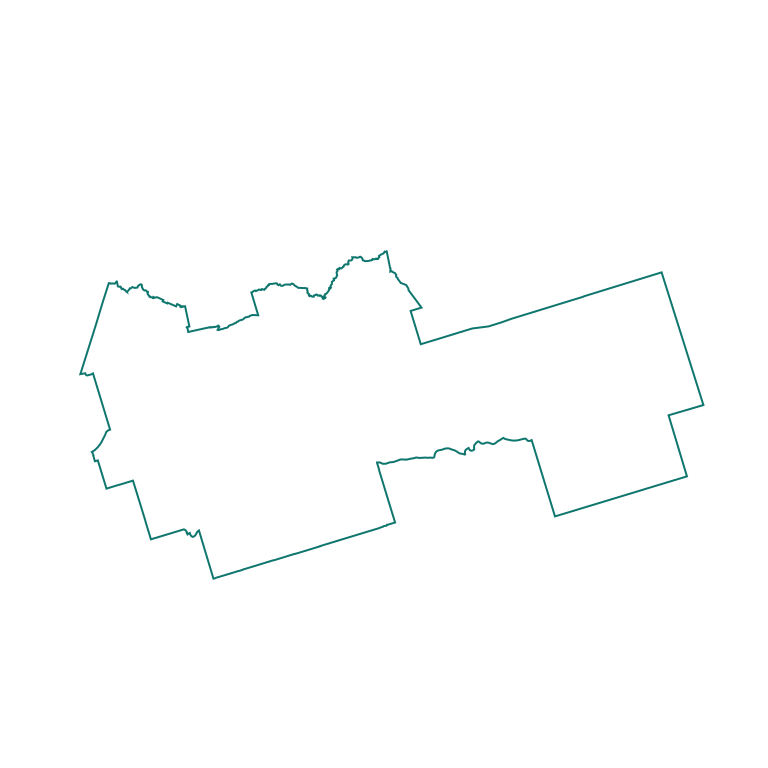 outline of Mid Murray, South Australia, Australia, rotated 73°
{"feature_id": "25037944B98973302778113", "entity_name": "Mid Murray", "entity_type": "district", "adm_level": 2, "iso_a3": "AUS", "parent_name": "Australia", "parent_adm1": "South Australia", "projection": "albers", "projection_center": [139.499, -34.416], "detail": "fine", "context": "isolated", "style": "outline", "palette": "teal", "viewbox_px": 768, "rotation_deg": 73, "n_neighbors": 0, "source": "geoboundaries", "source_scale": "gbopen_adm2", "svg_char_len": 6127}
<svg xmlns="http://www.w3.org/2000/svg" viewBox="0 0 768 768"><g transform="rotate(73 384 384)"><path d="M207.1,617.7L224.6,629.8L242.7,641.9L285.8,671.5L286.4,666.6L288.0,666.4L288.9,665.7L289.1,664.8L289.2,660.8L288.8,659.2L347.6,659.3L347.6,660.7L347.9,662.0L348.9,663.9L350.9,665.3L357.2,671.4L359.0,673.6L360.8,676.2L362.7,680.0L363.6,683.3L364.4,682.9L367.3,682.7L367.5,683.0L373.4,683.0L373.4,680.0L402.9,680.0L402.9,668.4L403.0,665.1L403.0,652.3L444.1,652.2L446.8,652.3L464.4,652.3L464.5,617.8L466.0,616.4L468.4,615.8L468.4,616.1L469.0,616.3L470.0,615.6L470.2,615.8L470.4,615.8L469.7,613.3L471.6,613.2L472.5,613.0L473.9,612.1L474.3,611.6L474.3,610.8L473.9,609.4L473.3,608.4L470.7,605.7L470.0,603.8L520.3,604.0L520.4,602.4L520.2,601.5L520.3,581.7L520.2,581.2L520.3,580.3L520.2,578.3L520.4,577.5L520.4,574.8L520.3,574.5L520.3,573.4L520.2,573.1L520.2,542.1L520.4,540.7L520.3,519.0L520.5,518.7L520.5,492.5L520.3,492.5L520.4,430.3L520.2,429.7L520.2,426.8L519.8,425.8L520.2,423.2L519.9,422.5L519.5,422.3L519.7,421.7L519.7,413.9L465.3,413.9L464.4,413.7L457.3,413.7L457.0,413.6L457.3,412.9L457.7,411.0L460.0,408.4L460.8,405.4L460.6,401.5L461.4,397.6L461.0,390.5L461.3,389.1L462.9,384.7L463.3,380.1L463.7,377.0L463.7,374.6L465.1,371.7L466.4,366.2L467.4,363.6L467.9,361.4L468.8,359.1L468.9,358.4L468.8,357.7L468.4,357.2L465.8,355.8L464.9,355.0L463.9,353.6L463.6,352.9L463.4,351.0L463.8,348.0L463.6,344.7L464.0,342.3L464.8,340.4L465.8,339.2L468.4,335.5L472.5,331.9L473.0,331.1L473.6,329.6L475.1,327.4L475.0,327.0L473.2,326.7L472.2,326.3L471.6,325.9L471.1,325.3L470.5,324.2L469.9,321.8L472.3,321.3L473.3,320.2L473.5,318.8L473.0,316.9L470.4,316.3L468.9,315.5L467.2,312.9L466.4,310.8L466.5,310.5L467.1,309.9L468.7,308.9L469.7,307.8L470.2,306.2L470.0,303.6L470.1,302.5L470.9,300.8L472.8,298.3L473.4,297.1L473.4,295.7L473.1,294.6L472.0,292.0L471.4,289.0L470.7,286.9L470.5,285.6L472.0,284.2L472.5,283.5L475.6,277.8L476.4,275.3L477.0,272.2L477.2,267.3L477.5,264.8L478.2,264.2L480.1,263.3L480.7,262.4L481.1,261.4L480.8,259.2L560.6,259.2L560.9,121.3L497.1,121.0L497.5,84.7L358.4,85.9L358.6,167.5L358.8,167.8L358.9,243.1L359.4,252.9L359.5,267.1L356.7,283.5L356.7,337.2L321.9,337.2L321.9,325.8L302.2,332.8L301.9,333.1L299.8,332.8L295.9,333.8L292.6,337.9L292.5,338.3L292.2,338.4L287.2,340.2L286.7,340.0L285.4,340.8L284.6,341.0L283.3,340.4L281.1,341.1L279.3,343.2L278.2,343.7L278.3,345.1L275.4,344.0L275.2,344.3L257.9,342.6L257.8,342.8L258.3,343.6L257.6,344.7L258.9,346.1L259.4,349.3L260.1,351.4L261.5,351.5L261.6,352.3L262.7,353.2L262.3,354.7L261.7,355.0L262.0,356.3L261.7,357.5L261.1,358.1L261.6,359.2L262.0,359.3L261.7,363.6L260.9,366.4L260.3,366.8L259.5,368.1L257.9,368.0L257.4,368.2L256.2,368.6L256.0,369.0L255.3,369.6L255.6,371.3L255.3,373.3L254.8,373.6L254.5,374.0L254.5,374.6L253.9,375.9L254.0,376.3L253.5,377.2L254.7,377.4L255.5,377.9L256.1,378.7L256.2,379.5L255.6,381.4L256.2,382.1L257.1,382.7L258.5,382.7L259.1,383.0L259.1,383.8L258.6,384.7L258.3,385.9L258.5,387.0L258.8,387.4L259.8,388.2L259.8,388.7L260.1,388.7L261.0,391.0L260.8,391.6L260.0,392.4L260.0,392.7L261.1,393.3L260.9,394.0L260.6,394.3L260.6,394.9L260.9,395.5L261.6,395.2L262.6,395.6L263.1,396.6L264.3,396.9L266.3,397.0L266.6,397.5L267.4,397.8L268.5,399.1L268.5,400.3L268.8,400.5L268.6,401.4L270.3,401.5L270.7,403.1L271.3,404.1L272.4,404.3L273.5,404.9L274.0,405.8L274.8,406.6L275.5,407.0L276.2,406.5L276.7,407.0L276.6,407.4L276.1,407.9L276.1,408.4L276.5,408.6L277.6,408.5L278.0,409.0L278.0,409.3L278.8,409.8L280.8,412.7L280.9,414.1L281.7,414.5L281.8,415.0L282.8,415.6L283.3,415.6L284.0,414.6L284.3,414.6L284.5,414.9L285.0,417.1L284.4,417.6L284.1,417.5L283.3,417.6L282.5,417.5L282.4,417.9L282.2,418.2L281.1,418.4L280.8,418.7L280.9,419.5L280.5,419.6L280.3,419.9L280.3,420.7L280.2,421.4L279.5,421.6L278.8,422.1L278.6,422.8L279.0,423.5L278.8,424.8L279.1,425.2L279.9,425.7L279.5,427.0L279.2,427.4L278.8,427.5L278.2,428.2L278.3,429.5L277.4,429.9L277.0,429.4L276.3,429.3L274.7,430.5L274.0,430.5L273.6,430.0L272.6,429.9L272.0,430.1L270.2,429.5L269.5,431.0L269.2,431.2L268.4,434.1L267.6,435.7L267.4,436.8L266.8,438.1L265.0,439.3L264.7,439.9L262.9,441.1L262.1,441.3L261.0,442.7L261.7,444.6L261.4,444.7L260.1,449.1L260.0,450.6L260.4,451.6L260.5,452.4L259.8,453.9L258.8,454.5L258.2,454.5L258.2,454.8L258.7,455.9L257.6,456.9L256.6,456.9L256.1,458.0L255.7,460.5L255.6,461.9L255.1,463.0L254.9,464.6L255.7,465.0L255.6,466.0L256.6,466.8L256.7,467.8L257.7,468.7L258.1,469.4L258.2,470.3L258.9,470.9L257.5,473.1L257.6,473.5L258.1,473.6L258.1,474.4L257.1,476.0L257.7,479.0L257.6,479.5L257.0,479.9L256.8,480.3L257.4,482.9L257.7,483.1L257.7,484.1L281.5,484.2L279.5,489.8L279.6,490.8L279.6,492.5L280.2,493.6L279.9,494.6L280.0,496.1L279.7,497.0L281.1,500.4L281.0,503.7L281.6,505.8L281.6,506.7L282.1,507.3L282.4,508.2L282.2,508.9L282.7,510.7L282.7,513.3L283.0,515.3L283.9,516.5L284.3,518.2L284.0,519.5L284.2,522.3L283.9,524.5L284.2,526.2L283.6,527.2L282.9,526.3L282.2,526.1L281.2,524.8L280.5,525.0L280.5,525.4L279.8,525.4L279.8,526.1L280.1,526.9L280.1,528.9L279.7,529.7L279.8,530.7L279.4,531.0L279.5,532.5L279.2,532.8L279.2,533.6L278.8,533.6L277.0,556.0L273.3,555.6L272.8,555.8L271.5,556.6L271.8,556.3L272.1,553.3L251.5,551.5L251.2,555.0L250.6,554.5L250.3,556.2L249.3,556.0L247.1,558.4L249.0,560.1L243.0,567.1L243.6,567.7L240.3,571.5L239.2,570.5L234.9,575.3L234.5,576.3L234.6,576.8L234.4,577.9L233.5,578.9L234.4,579.2L234.3,579.8L233.4,580.4L233.1,581.2L232.9,581.3L232.4,581.9L232.4,582.4L231.8,582.8L231.2,582.6L230.6,583.2L230.0,583.2L229.1,583.7L227.8,583.6L227.7,583.1L226.9,582.8L226.5,583.4L226.0,583.8L225.2,584.0L224.5,585.3L224.5,585.8L223.4,586.6L222.6,586.9L222.0,586.8L221.0,587.2L220.3,587.2L219.7,586.9L218.9,586.7L218.3,586.7L217.6,587.3L217.5,588.3L218.0,589.2L218.1,590.3L219.7,591.6L219.2,594.4L217.7,596.3L218.5,598.1L218.2,599.2L219.1,599.9L220.6,602.5L220.5,603.0L220.8,603.0L220.0,603.6L218.5,604.1L217.3,605.5L216.6,605.7L216.4,606.3L216.6,606.9L215.7,607.3L214.3,607.3L213.6,607.9L213.7,608.6L212.8,610.0L207.1,609.3L207.9,609.7L208.4,610.8L209.3,611.9L209.0,613.3L208.3,614.5L208.1,616.2L207.4,616.7L207.1,617.7Z" fill="none" stroke="#0f766e" stroke-width="2"/></g></svg>